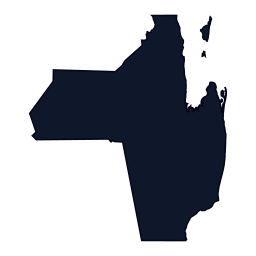 Vilankulo, Inhambane, Mozambique
{"feature_id": "85939544B70195584825603", "entity_name": "Vilankulo", "entity_type": "district", "adm_level": 2, "iso_a3": "MOZ", "parent_name": "Mozambique", "parent_adm1": "Inhambane", "projection": "natural_earth1", "projection_center": [35.386, -22.299], "detail": "fine", "context": "isolated", "style": "filled", "palette": "ink", "viewbox_px": 256, "rotation_deg": 0, "n_neighbors": 0, "source": "geoboundaries", "source_scale": "gbopen_adm2", "svg_char_len": 5707}
<svg xmlns="http://www.w3.org/2000/svg" viewBox="0 0 256 256"><path d="M53.2,81.3L29.7,113.4L36.1,132.0L32.3,135.7L36.3,139.7L107.3,139.0L108.7,139.3L109.7,140.3L110.9,141.8L111.1,141.9L113.0,140.4L114.1,141.5L122.7,142.0L141.7,240.5L185.7,240.6L186.6,239.4L186.2,238.6L185.6,236.5L185.6,233.5L185.4,232.7L185.0,232.2L184.9,231.8L185.0,230.4L185.3,229.3L186.1,227.8L186.7,225.3L187.2,223.8L190.4,217.8L191.1,217.1L196.1,213.8L196.7,213.3L197.3,212.1L197.8,211.6L199.2,210.7L200.0,209.8L200.3,209.7L201.4,210.4L202.8,210.5L204.6,210.5L204.9,210.4L206.7,209.1L209.0,208.5L211.5,206.9L212.2,205.9L213.4,203.4L214.4,202.2L215.2,201.6L218.5,200.4L218.3,197.0L218.0,196.3L218.0,195.7L218.0,192.8L218.4,190.0L219.1,185.6L219.6,184.1L220.4,180.4L221.8,175.2L221.6,175.4L222.5,172.6L224.0,165.5L224.8,158.7L225.0,155.9L224.9,154.2L225.1,152.8L225.5,144.1L225.6,139.4L225.8,136.5L225.7,133.4L225.3,132.6L224.7,127.9L224.0,125.4L224.0,121.4L223.5,120.4L223.1,119.3L223.1,117.5L223.3,115.1L223.1,114.6L224.3,104.3L225.6,98.8L226.2,95.1L226.3,91.6L225.8,89.0L225.6,88.2L224.7,87.0L225.3,88.2L225.6,89.3L225.6,91.2L226.1,92.2L226.0,92.9L225.6,93.8L225.8,94.4L225.4,95.0L225.4,95.7L225.3,96.0L225.0,96.0L225.0,96.4L225.6,96.7L224.7,96.7L224.5,96.9L224.4,98.5L224.5,98.7L225.0,98.9L225.0,99.3L224.9,99.6L224.6,99.7L224.7,100.6L224.5,101.4L224.0,102.7L224.0,103.2L223.3,103.5L223.1,104.5L222.6,105.0L223.0,105.9L222.4,107.1L222.4,107.3L222.6,107.5L222.7,108.3L222.2,108.6L222.5,109.7L222.4,110.1L221.6,111.6L221.5,109.5L221.1,108.5L221.1,107.5L220.7,106.8L220.0,102.3L218.6,98.3L217.7,95.9L217.0,94.8L216.8,92.7L216.2,91.0L215.7,90.0L215.7,88.9L216.1,87.5L216.1,86.7L215.2,84.1L214.4,83.1L213.2,82.5L211.7,82.3L210.5,82.3L210.1,82.4L210.0,82.6L209.7,84.7L209.1,85.5L208.8,86.5L208.5,86.8L208.0,86.8L206.9,88.4L206.4,89.6L206.5,90.1L207.4,91.9L207.5,92.6L207.8,93.0L207.6,93.4L207.6,93.6L207.9,93.9L207.9,94.4L207.7,94.7L207.3,94.8L207.5,95.2L207.4,95.3L205.8,96.4L204.4,97.0L203.6,97.6L202.5,98.6L201.7,99.8L201.6,100.4L201.2,101.5L201.5,101.9L201.9,102.1L202.3,102.6L202.6,102.8L202.9,102.7L202.9,102.9L202.5,103.3L201.9,103.1L201.3,102.6L201.0,103.9L201.2,104.4L202.2,105.6L201.1,105.2L200.7,105.3L200.4,105.3L200.4,105.6L199.7,105.8L199.4,105.4L199.2,105.9L198.8,106.1L198.6,106.8L198.3,107.1L198.5,107.3L198.3,108.1L198.4,109.2L198.2,110.1L198.0,109.8L197.9,108.6L197.3,107.6L196.8,107.5L196.5,108.1L196.4,108.2L196.2,107.7L195.8,107.6L195.7,107.7L195.9,108.6L195.5,108.3L195.2,108.8L194.9,109.8L194.5,109.5L194.3,110.7L193.8,111.4L193.4,111.7L193.3,111.4L193.5,109.5L193.3,109.2L193.5,109.1L193.5,108.6L193.3,108.5L192.9,108.5L192.5,108.2L192.4,108.0L192.5,107.7L192.2,107.6L191.6,107.8L191.3,107.5L191.0,107.5L190.7,107.7L190.4,108.4L189.4,108.6L189.3,108.2L189.5,107.2L190.5,106.7L190.7,106.1L190.7,105.8L189.9,106.6L189.2,107.1L188.6,107.9L188.6,108.2L188.7,108.5L188.6,109.0L188.7,109.3L188.9,109.5L189.3,109.3L189.5,109.6L189.2,110.1L189.2,111.0L188.8,111.4L188.6,110.9L188.1,111.2L187.8,111.5L187.6,111.5L187.6,111.3L187.8,110.9L187.7,110.8L187.3,110.9L186.9,110.8L186.5,111.2L186.4,111.0L186.9,109.9L187.4,109.7L187.0,109.5L187.0,108.9L186.6,108.7L186.9,108.3L186.9,107.9L186.7,107.6L185.9,107.4L186.1,106.4L186.3,106.8L186.7,106.4L186.9,105.3L186.6,104.7L186.7,104.4L187.0,104.2L186.5,104.2L186.5,103.8L186.7,103.6L186.3,103.6L185.9,102.8L185.2,102.8L185.0,102.7L185.2,101.3L185.3,98.8L185.6,97.5L185.7,95.7L185.6,93.8L185.8,93.7L185.7,93.4L185.9,92.9L185.9,92.4L185.9,92.1L186.1,91.5L185.9,91.2L185.7,89.9L186.0,88.7L186.0,86.4L186.1,85.1L185.9,83.7L185.9,80.6L185.7,79.5L185.0,77.7L184.8,76.4L184.4,75.0L184.3,72.2L184.3,71.5L184.1,71.1L184.2,70.0L184.0,69.1L184.1,68.9L183.8,67.5L183.7,66.4L183.8,63.4L184.2,61.1L184.2,59.2L184.0,56.8L183.9,56.7L183.6,57.0L183.3,57.0L182.8,56.6L182.0,55.1L181.8,53.8L181.9,52.1L182.0,51.2L183.3,47.5L183.3,47.1L182.7,47.1L182.5,46.1L182.6,44.8L183.3,42.7L183.3,42.1L183.4,41.2L183.2,40.1L181.2,37.3L180.8,35.9L180.2,34.6L179.7,30.0L179.8,27.8L179.5,27.2L179.3,26.4L178.8,25.9L178.1,23.3L177.5,22.9L177.4,22.0L177.2,21.8L176.9,21.0L176.6,20.2L176.6,19.6L176.4,19.4L176.4,18.3L176.7,15.4L151.9,15.5L152.7,16.3L152.9,16.8L153.4,19.1L154.2,21.1L154.8,21.9L154.8,22.3L154.7,22.8L155.3,24.1L155.3,25.6L154.9,25.9L154.8,26.2L155.0,26.7L154.7,27.4L153.3,29.3L152.8,29.7L152.2,29.9L151.6,30.4L151.2,30.9L151.1,31.7L150.8,32.1L149.8,32.5L148.9,32.6L148.4,32.4L147.7,31.8L147.3,31.7L147.1,31.8L147.1,32.3L147.2,33.1L147.0,33.5L146.5,33.9L146.3,34.4L146.9,37.3L146.8,38.1L147.1,39.3L146.0,39.7L145.7,40.1L143.5,40.3L141.6,40.2L141.8,41.1L142.2,45.5L124.8,60.9L122.2,65.5L115.2,71.7L53.4,69.9L53.2,81.3ZM211.4,18.5L210.6,17.2L210.2,16.8L209.9,17.5L210.1,17.8L210.1,18.2L209.7,19.4L209.6,21.3L209.5,21.5L209.0,21.7L208.5,22.3L208.3,22.5L208.2,22.9L208.2,24.3L208.6,25.7L206.8,25.4L206.1,25.5L205.8,25.7L205.5,26.1L204.5,26.5L203.7,27.0L201.9,29.4L201.6,29.6L200.7,29.8L200.7,30.9L202.3,32.3L202.8,33.6L203.1,35.5L202.6,36.6L202.6,37.1L203.4,38.8L203.8,39.3L204.5,39.4L205.4,39.8L206.1,39.9L206.5,40.4L206.9,41.2L207.1,41.2L207.3,40.7L207.5,39.7L208.0,38.3L208.7,33.5L208.8,30.9L209.5,26.0L210.3,23.4L210.7,21.1L211.4,19.5L211.4,18.5ZM223.2,91.5L222.7,90.7L222.4,90.5L222.1,90.7L221.9,91.1L221.5,91.3L221.2,92.0L221.1,93.7L221.4,95.9L222.3,96.2L223.0,96.8L223.1,95.7L223.3,94.4L223.6,93.9L223.3,92.5L223.8,92.0L223.9,91.4L223.4,91.5L223.2,91.5ZM204.1,51.7L203.8,51.5L203.2,53.0L202.3,53.9L202.3,55.7L202.1,56.2L202.2,56.3L202.7,56.3L203.2,55.5L204.0,54.8L205.2,56.1L204.7,53.2L204.7,51.8L204.1,51.7ZM221.5,102.1L222.0,101.8L222.2,101.5L222.4,100.4L222.1,99.5L221.7,99.2L221.2,99.6L221.0,100.4L221.0,101.7L221.2,102.1L221.5,102.1Z" fill="#0f172a" stroke="#020617" stroke-width="1.5"/></svg>